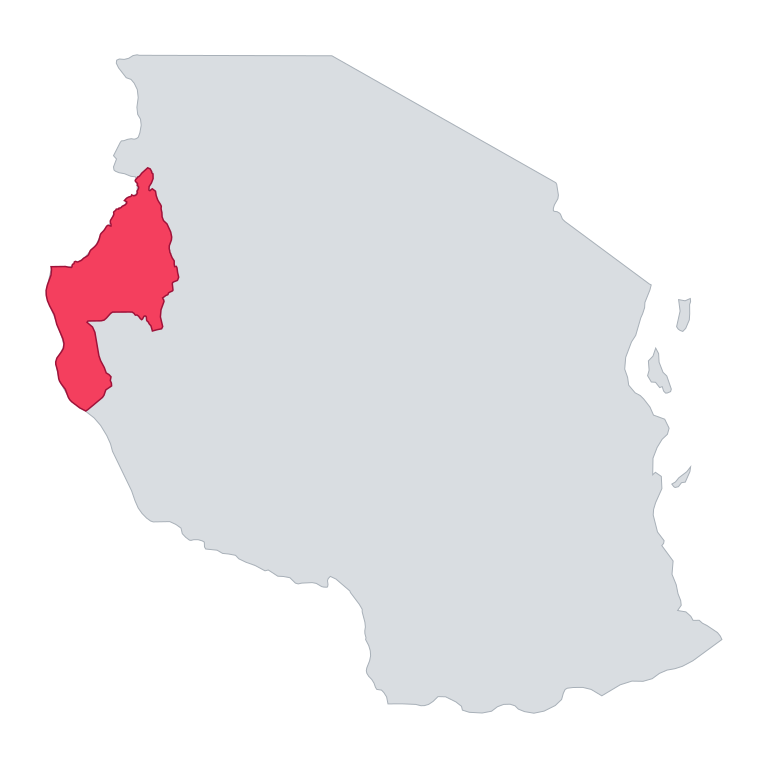 United Republic of Tanzania, with Kigoma highlighted
{"feature_id": "TZA-3363", "entity_name": "Kigoma", "entity_type": "Region", "adm_level": 1, "iso_a3": "TZA", "parent_name": "United Republic of Tanzania", "parent_adm1": "", "projection": "albers", "projection_center": [30.566, -4.821], "detail": "fine", "context": "in_parent", "style": "filled", "palette": "rose", "viewbox_px": 768, "rotation_deg": 0, "n_neighbors": 0, "source": "natural_earth", "source_scale": "10m", "svg_char_len": 6669}
<svg xmlns="http://www.w3.org/2000/svg" viewBox="0 0 768 768"><path d="M265.0,570.8L255.1,565.5L246.1,562.3L238.8,558.8L235.5,555.3L228.6,554.0L222.6,553.4L217.1,550.2L205.7,549.0L204.5,546.9L204.3,542.1L202.3,540.9L198.2,539.7L193.7,539.7L191.0,540.4L189.4,540.1L185.7,537.3L182.3,533.7L181.0,528.1L175.8,524.4L169.8,521.6L153.2,521.9L150.6,521.0L146.6,518.1L142.0,513.4L138.2,508.0L135.0,500.7L131.6,490.8L112.5,451.3L110.5,443.8L106.8,435.6L100.6,425.4L94.1,417.9L85.3,411.0L75.4,404.2L70.0,399.6L59.6,381.1L57.5,372.4L55.9,363.3L56.6,359.7L63.0,348.1L63.6,344.8L62.8,340.4L59.7,331.1L55.6,319.9L47.4,299.4L46.2,294.3L46.4,290.4L51.1,269.6L51.1,266.7L70.3,267.0L84.3,257.9L96.5,244.3L99.0,238.6L104.0,229.9L108.8,225.5L110.7,222.5L113.5,213.8L119.9,207.9L126.2,203.4L124.9,200.2L125.8,199.0L129.2,196.7L135.9,194.6L137.2,190.0L137.2,184.8L136.1,182.0L136.3,178.6L135.3,176.8L130.9,176.3L124.5,173.7L119.0,172.7L115.4,171.2L114.0,170.0L113.5,166.9L116.5,159.0L113.5,155.7L120.2,142.5L121.4,140.9L123.8,140.7L127.7,139.3L131.3,138.7L134.2,139.2L136.4,138.6L138.3,137.2L139.9,132.7L141.2,125.2L140.5,119.1L137.7,114.4L136.9,107.3L138.2,97.6L137.3,89.6L134.2,83.2L131.0,79.4L126.2,77.7L118.6,67.9L116.3,63.2L116.7,60.2L119.3,59.0L124.2,59.4L128.7,58.3L133.0,55.6L137.1,54.8L139.3,55.3L331.9,55.8L555.8,182.7L556.7,184.3L558.4,195.1L557.9,198.7L554.4,204.9L553.4,208.2L553.3,210.4L554.1,211.3L557.1,211.7L559.6,213.2L560.5,214.3L562.4,219.0L564.8,221.4L649.2,283.9L651.2,284.9L649.9,290.0L644.9,302.5L644.6,307.7L642.6,313.8L640.8,317.8L635.7,335.4L631.5,341.9L625.7,357.3L624.7,369.1L627.6,377.4L628.7,385.2L635.1,392.8L640.3,395.6L643.8,399.1L650.0,407.1L653.5,415.1L664.7,419.2L669.1,428.2L667.4,434.3L662.1,439.3L657.1,447.5L653.0,458.2L652.7,474.8L655.4,472.3L661.3,476.4L661.9,488.6L655.6,502.7L653.6,509.3L653.2,515.0L657.5,532.0L664.1,540.7L663.6,543.4L661.8,545.6L673.1,561.0L672.0,574.3L676.2,584.7L678.0,593.7L680.7,600.6L681.2,605.3L677.6,610.5L685.9,611.9L690.8,616.3L693.1,620.4L699.2,620.3L702.4,623.2L707.1,625.6L717.5,632.6L720.3,636.1L721.9,639.5L692.8,660.8L682.4,666.3L674.9,668.7L667.0,670.1L659.4,673.4L652.2,678.7L643.1,681.3L631.9,681.1L620.2,684.8L601.8,695.8L591.1,689.4L582.8,687.4L573.1,687.5L567.3,688.2L565.1,689.5L563.3,693.3L561.6,699.5L555.3,705.5L544.1,711.1L533.9,713.2L524.5,711.6L518.3,709.1L515.0,705.8L510.1,704.2L503.7,704.4L497.5,706.7L491.6,711.2L482.2,713.0L469.3,712.3L462.4,710.1L461.5,706.3L455.9,701.9L445.6,696.8L438.0,696.6L433.1,701.4L428.6,704.4L424.5,705.6L420.9,705.7L415.7,704.4L401.5,703.8L388.0,703.9L386.6,696.9L383.9,692.6L381.5,690.1L376.8,689.4L375.5,687.4L374.0,683.1L371.7,679.4L368.7,676.3L366.9,673.4L366.3,670.8L366.8,667.9L369.6,660.8L370.6,655.9L370.3,650.9L368.8,645.7L365.6,639.5L366.0,637.8L364.9,633.6L364.8,630.7L365.4,627.0L364.9,622.2L362.2,611.9L362.2,609.3L359.3,604.3L350.4,592.5L349.9,591.0L335.9,579.0L330.3,576.4L328.2,578.6L327.5,580.7L328.0,584.5L327.7,586.4L327.1,587.2L323.8,587.1L321.7,586.6L316.3,583.4L312.2,582.6L301.8,583.1L298.2,583.9L295.4,583.1L289.9,577.7L283.5,576.5L277.8,576.2L268.3,570.0L265.0,570.8ZM666.8,376.0L671.3,389.1L670.6,391.6L667.3,393.0L665.6,393.1L663.6,391.0L662.2,386.6L659.7,387.6L655.5,382.3L651.3,382.0L647.6,375.7L649.1,370.2L648.4,360.9L653.0,356.1L655.7,348.1L658.6,353.6L659.1,362.2L663.0,372.3L666.8,376.0ZM690.3,298.5L690.6,301.6L689.6,304.5L689.7,313.8L689.3,319.9L685.7,328.4L682.8,331.4L680.2,330.5L678.2,329.1L676.6,326.7L680.1,311.1L678.6,299.6L685.1,300.8L690.3,298.5ZM678.4,486.7L675.1,487.5L673.8,486.7L671.8,484.1L675.4,482.0L678.8,477.8L686.8,471.7L690.6,466.8L689.9,471.6L685.3,482.1L681.5,482.7L678.4,486.7Z" fill="#d9dde1" stroke="#a8b0b8" stroke-width="1"/><path d="M47.4,300.5L46.3,295.6L46.1,290.4L47.3,285.2L51.0,275.1L51.5,269.9L51.3,267.5L51.1,266.7L65.4,266.5L68.4,267.2L70.9,267.4L71.2,267.5L71.9,267.0L72.1,266.3L72.1,265.5L72.4,264.6L72.7,264.2L73.8,263.8L74.1,263.2L74.2,262.2L74.3,262.0L75.3,261.4L76.0,261.5L76.6,261.8L77.7,262.0L78.2,261.8L81.5,260.3L83.6,258.2L85.7,257.0L86.4,256.5L87.7,255.7L88.5,254.8L90.1,251.0L90.7,250.1L94.8,246.6L96.7,244.4L98.1,241.9L98.3,241.5L99.2,239.2L100.3,234.8L101.0,233.5L104.2,230.2L106.6,226.2L108.1,225.2L110.9,226.1L111.1,225.0L110.9,224.0L110.5,223.1L110.3,222.1L110.3,220.9L110.8,219.8L113.3,215.8L113.8,214.6L113.8,213.5L113.6,212.3L114.0,211.6L115.7,210.3L115.8,210.1L116.1,209.4L116.2,209.2L117.2,209.0L117.3,209.0L118.6,209.1L118.6,208.9L118.7,208.4L118.8,208.2L120.4,207.9L120.9,207.7L121.4,207.3L122.2,206.3L125.0,205.0L126.6,203.4L126.7,201.8L124.9,200.8L124.4,200.6L125.6,199.2L126.7,198.1L128.1,197.3L129.7,196.7L130.5,196.6L131.1,196.2L131.5,195.7L131.7,194.9L133.3,195.7L135.0,195.6L136.5,194.6L137.4,192.9L137.4,192.5L137.1,191.5L137.1,191.0L137.9,189.8L138.5,188.3L138.6,187.5L138.5,186.8L138.3,186.3L137.5,185.7L137.2,185.3L137.3,184.9L137.6,184.1L137.6,183.8L137.0,182.9L135.5,181.5L135.2,180.6L135.6,179.6L137.5,177.5L137.6,177.1L139.3,176.3L140.5,174.9L141.6,173.3L147.7,167.8L150.2,168.9L151.7,171.6L151.7,172.5L152.2,173.3L152.7,173.5L153.0,174.0L153.1,178.6L151.4,183.0L149.1,186.6L148.9,190.0L149.5,190.6L150.2,190.6L151.1,189.6L152.3,188.8L155.5,191.2L156.2,195.6L157.7,199.9L158.9,202.0L160.2,204.0L160.3,204.1L161.3,206.2L161.1,208.5L161.4,210.4L161.9,212.5L162.1,216.8L163.5,220.6L167.0,223.9L170.7,232.0L171.7,237.0L171.4,240.0L169.3,245.7L169.2,248.7L169.7,250.6L169.9,252.5L170.6,253.5L170.8,254.5L172.1,257.7L174.2,260.9L174.2,263.8L174.6,266.6L176.3,266.4L177.0,267.9L177.6,272.5L178.7,277.2L177.7,279.9L177.2,280.5L173.8,281.8L172.6,282.6L172.3,283.7L173.0,290.1L172.5,290.9L169.7,292.2L168.6,292.9L168.3,293.3L168.1,294.2L167.8,294.7L167.4,294.9L166.0,295.4L163.0,297.7L162.6,297.9L163.0,298.9L163.7,299.9L164.0,301.5L161.0,309.8L160.4,316.9L162.7,326.6L161.6,328.8L157.2,329.7L152.4,331.0L151.0,326.0L150.4,325.2L149.4,324.1L149.1,323.7L148.4,322.2L147.9,321.7L147.4,321.3L147.0,320.9L146.6,320.1L146.4,317.5L146.1,316.4L145.0,315.9L143.9,316.4L142.6,318.9L141.7,319.7L140.4,318.7L138.6,316.2L137.1,315.1L136.7,315.0L135.7,315.2L135.4,315.1L134.9,314.7L134.1,313.4L132.2,312.1L129.4,312.0L112.5,312.1L110.5,313.5L106.5,318.0L104.1,320.1L101.1,320.8L88.0,321.0L87.0,322.3L92.5,327.0L94.9,332.3L98.9,355.7L100.6,360.7L104.3,367.6L106.2,372.9L109.0,374.6L111.0,376.8L110.3,380.6L111.4,383.1L111.6,385.9L105.8,389.9L104.0,395.2L102.5,397.4L88.0,409.5L85.8,411.0L79.9,408.0L71.7,401.8L69.8,399.8L68.4,397.5L65.3,389.2L61.2,383.8L59.5,381.0L58.7,378.6L57.7,371.2L55.8,364.4L55.7,361.9L56.9,358.0L61.4,351.9L63.4,348.4L64.0,343.7L62.8,338.5L56.8,324.5L54.3,314.6L49.6,305.8L47.5,300.8L47.4,300.5Z" fill="#f43f5e" stroke="#9f1239" stroke-width="1.5"/></svg>